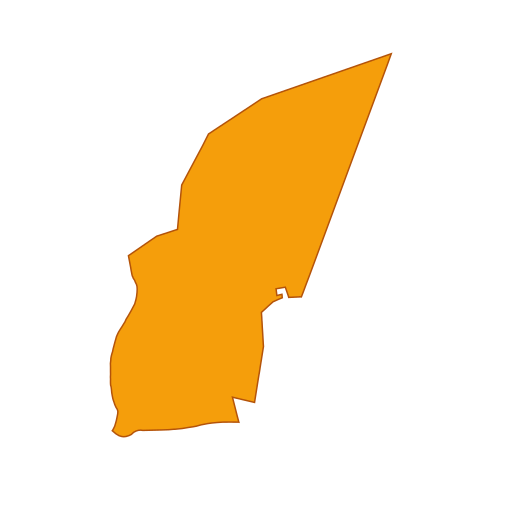 Al Hazm, Al Jawf, Yemen, rotated 253°
{"feature_id": "15242507B39444871450258", "entity_name": "Al Hazm", "entity_type": "district", "adm_level": 2, "iso_a3": "YEM", "parent_name": "Yemen", "parent_adm1": "Al Jawf", "projection": "robinson", "projection_center": [44.848, 16.077], "detail": "fine", "context": "isolated", "style": "filled", "palette": "amber", "viewbox_px": 512, "rotation_deg": 253, "n_neighbors": 0, "source": "geoboundaries", "source_scale": "gbopen_adm2", "svg_char_len": 2334}
<svg xmlns="http://www.w3.org/2000/svg" viewBox="0 0 512 512"><g transform="rotate(253 256 256)"><path d="M130.9,67.5L130.0,68.1L127.0,70.0L124.2,72.5L122.6,74.9L121.8,76.8L121.7,77.4L121.4,78.9L121.4,82.0L121.8,84.6L123.2,87.5L123.7,90.2L123.7,92.5L123.2,94.8L122.3,96.8L119.6,106.5L117.3,114.7L115.4,121.8L114.3,127.0L114.0,128.0L112.6,135.0L111.8,141.2L111.1,145.7L110.7,149.2L110.6,154.0L109.9,160.6L109.2,165.0L108.1,170.3L106.9,175.5L104.7,182.9L102.2,190.8L102.1,191.0L109.5,191.3L127.9,192.2L125.5,196.2L116.4,211.8L135.3,221.0L142.0,224.3L142.7,224.7L147.2,226.9L147.9,227.2L148.1,227.3L149.7,228.1L151.8,229.1L155.2,230.8L157.3,231.8L165.9,236.0L167.3,236.7L170.4,237.4L170.8,237.5L179.8,239.7L186.1,241.2L187.7,241.6L191.7,242.6L192.3,242.7L194.3,243.2L195.0,243.4L199.7,244.5L200.5,244.7L203.2,250.4L204.2,252.4L204.3,252.6L206.6,257.6L207.2,258.8L207.8,263.3L207.9,264.0L208.4,268.9L208.6,268.9L210.6,269.4L211.8,269.6L212.1,264.4L218.8,265.6L218.1,271.1L217.6,274.9L209.2,275.2L207.0,275.2L207.0,275.3L206.8,275.3L206.7,275.8L204.2,285.5L204.3,285.6L203.6,287.4L207.8,290.7L213.7,295.2L221.2,301.0L233.1,310.1L255.2,326.9L277.7,344.0L281.8,347.1L312.2,370.2L326.0,380.7L400.8,437.7L409.9,444.5L404.7,307.4L397.5,283.2L396.2,278.8L392.5,266.3L388.3,252.0L388.1,251.5L386.8,247.1L386.6,246.3L377.1,237.2L363.2,223.3L359.8,219.9L356.9,217.0L345.6,205.7L329.9,199.2L321.0,195.5L304.4,188.7L304.0,166.9L302.0,160.5L293.6,134.1L281.7,132.8L278.9,132.4L276.9,132.2L275.1,132.0L273.7,131.9L272.8,131.9L271.8,132.1L270.8,132.1L269.4,132.5L268.4,132.8L267.3,132.9L266.0,133.0L263.7,133.4L261.6,133.3L259.1,132.7L256.0,131.6L252.1,129.9L249.7,128.6L247.5,127.2L245.6,126.0L242.9,123.3L239.9,120.3L236.4,116.6L233.4,113.2L231.4,111.5L229.4,109.2L227.6,107.2L226.3,105.6L224.9,104.0L223.4,102.3L221.9,100.9L219.7,99.0L217.5,97.6L215.2,96.1L212.0,94.1L211.8,94.0L209.1,92.3L206.5,90.9L204.5,89.5L202.7,88.4L200.6,87.3L198.4,86.5L195.9,85.4L192.3,84.4L188.4,83.2L185.3,82.3L182.8,81.4L180.8,80.9L179.0,80.3L177.0,79.7L175.0,79.2L173.3,79.2L170.9,78.8L167.6,78.1L165.3,77.8L163.5,77.6L161.3,77.4L159.5,77.4L157.5,77.5L155.4,77.5L153.7,77.7L152.1,77.9L150.7,78.3L149.6,78.5L147.9,78.5L145.7,77.7L142.5,76.0L139.4,74.3L136.6,72.5L134.5,71.1L132.6,69.3L131.0,67.7L130.9,67.5Z" fill="#f59e0b" stroke="#b45309" stroke-width="1.5"/></g></svg>